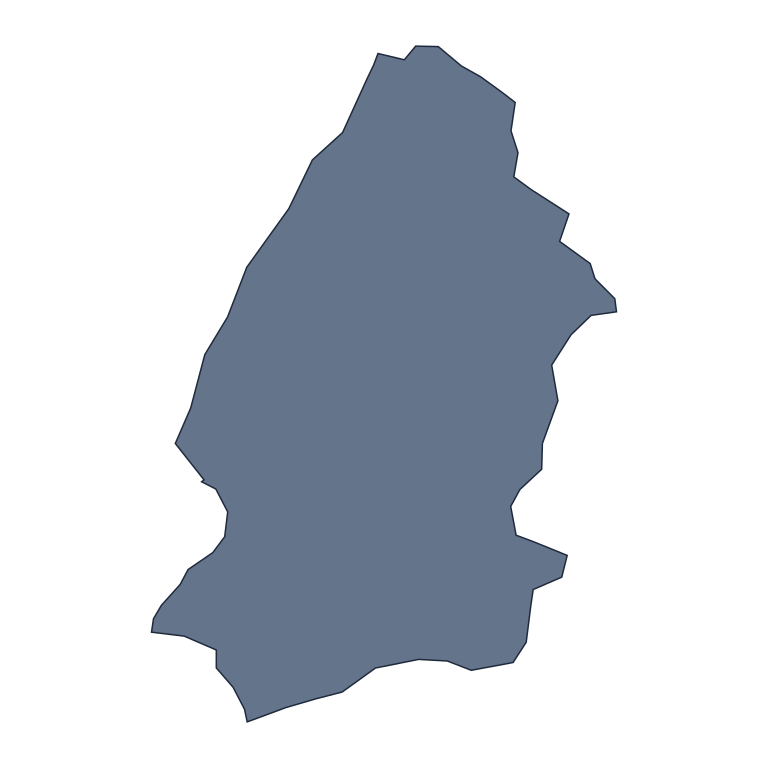 the district of Choletria, Paphos, Cyprus
{"feature_id": "46923920B91587907409429", "entity_name": "Choletria", "entity_type": "district", "adm_level": 2, "iso_a3": "CYP", "parent_name": "Cyprus", "parent_adm1": "Paphos", "projection": "mercator", "projection_center": [32.592, 34.769], "detail": "fine", "context": "isolated", "style": "filled", "palette": "slate", "viewbox_px": 768, "rotation_deg": 0, "n_neighbors": 0, "source": "geoboundaries", "source_scale": "gbopen_adm2", "svg_char_len": 963}
<svg xmlns="http://www.w3.org/2000/svg" viewBox="0 0 768 768"><path d="M201.6,481.8L215.8,489.0L227.7,511.9L224.7,536.7L212.8,552.6L188.1,569.5L180.2,584.4L161.4,605.3L153.5,618.7L151.5,632.2L184.1,636.1L216.3,650.0L216.3,667.9L233.1,687.3L244.5,709.2L247.2,721.9L285.8,707.6L315.2,699.0L342.2,692.0L375.5,668.0L418.7,659.4L447.3,661.0L471.3,670.3L513.1,662.5L526.2,642.3L530.8,605.8L533.2,589.5L561.8,577.1L562.5,574.2L567.2,555.4L534.7,542.2L516.1,535.2L510.7,506.4L520.0,489.4L541.7,469.2L542.4,443.5L557.9,400.8L551.7,365.1L571.0,334.8L591.1,315.4L616.5,311.8L614.8,298.7L595.0,278.8L590.2,263.6L559.6,241.4L569.0,213.9L531.3,189.7L513.8,176.9L518.0,152.7L511.0,130.9L515.2,102.5L502.9,93.0L480.8,76.9L461.4,66.0L438.3,46.6L415.7,46.1L404.3,59.8L378.0,53.5L373.6,65.1L366.9,79.1L342.6,132.5L312.4,159.9L288.8,208.7L246.8,267.2L227.6,316.9L204.8,354.6L190.7,408.0L175.3,443.5L204.0,479.8L201.6,481.8Z" fill="#64748b" stroke="#1e293b" stroke-width="1.5"/></svg>